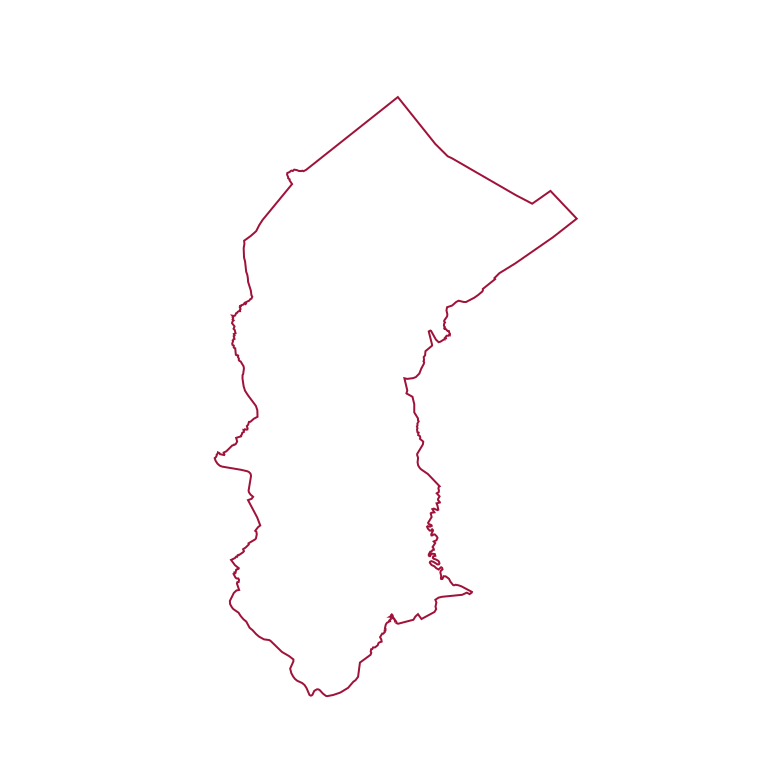 Khao Chaison, Phatthalung, Thailand, rotated 325°
{"feature_id": "78962969B96011402806004", "entity_name": "Khao Chaison", "entity_type": "district", "adm_level": 2, "iso_a3": "THA", "parent_name": "Thailand", "parent_adm1": "Phatthalung", "projection": "natural_earth1", "projection_center": [100.092, 7.466], "detail": "fine", "context": "isolated", "style": "outline", "palette": "rose", "viewbox_px": 768, "rotation_deg": 325, "n_neighbors": 0, "source": "geoboundaries", "source_scale": "gbopen_adm2", "svg_char_len": 6166}
<svg xmlns="http://www.w3.org/2000/svg" viewBox="0 0 768 768"><g transform="rotate(325 384 384)"><path d="M636.7,359.1L631.1,321.3L608.8,321.3L600.4,305.1L569.0,237.8L566.8,234.0L563.7,216.7L559.9,156.9L443.0,163.9L440.1,163.5L439.4,162.4L438.3,162.1L436.4,160.6L435.3,158.8L433.4,156.9L431.4,157.2L430.7,156.2L429.9,156.0L428.2,156.2L425.8,155.7L424.7,156.9L424.1,159.7L423.5,160.5L424.1,162.2L423.4,163.1L423.4,167.5L378.5,180.0L372.9,182.3L366.9,185.5L359.6,186.3L351.6,186.4L350.0,189.2L347.0,192.2L341.9,200.1L340.5,203.9L335.5,213.0L334.7,216.0L333.3,219.0L331.3,222.3L328.5,231.1L326.3,235.3L326.2,236.9L324.3,238.1L323.1,237.8L321.5,238.4L317.2,237.7L317.2,238.9L316.4,239.2L315.8,237.8L314.4,238.3L312.3,237.6L311.5,238.2L310.9,237.7L310.7,238.2L309.9,238.3L309.5,240.3L308.5,240.6L307.9,241.8L306.9,241.1L305.6,241.0L304.2,241.5L303.5,241.2L301.3,242.5L300.3,242.3L299.0,241.1L299.1,242.2L298.3,242.5L298.3,243.5L297.0,244.3L297.3,245.6L295.9,245.8L294.4,247.0L294.6,251.1L292.4,252.5L292.7,254.1L291.5,257.3L289.7,256.9L289.4,258.6L288.3,258.6L287.4,261.3L286.4,261.0L285.8,261.5L285.1,261.5L284.8,262.4L282.8,263.9L282.3,265.1L283.0,266.4L281.9,267.7L282.0,268.6L282.6,269.4L279.4,275.1L279.6,275.8L280.7,276.5L280.8,277.2L279.8,278.3L279.7,280.0L278.8,281.0L278.8,282.1L279.5,283.4L279.1,289.0L278.2,290.9L274.3,295.1L273.2,295.6L271.2,298.4L267.7,305.4L266.3,309.8L266.1,315.2L266.5,328.5L265.2,332.8L261.6,338.3L257.5,337.8L252.9,338.3L251.6,337.6L249.4,339.4L247.5,339.8L246.8,342.1L246.0,342.9L245.1,342.5L244.1,341.3L243.3,341.6L242.6,341.0L241.8,342.9L239.8,342.7L238.5,343.9L237.2,344.2L236.9,344.9L232.0,343.3L230.7,346.9L228.3,348.1L226.7,348.1L226.4,347.6L225.4,347.7L224.4,347.3L216.3,348.7L213.3,348.2L212.8,350.3L212.3,350.5L209.4,347.4L209.6,346.3L208.7,344.8L208.1,345.5L206.4,345.9L205.9,346.7L204.3,347.5L202.8,347.6L202.0,350.3L201.9,353.8L202.6,356.7L204.0,358.8L217.7,372.3L222.1,377.2L223.0,379.0L223.2,380.9L222.4,383.0L211.9,393.7L211.3,395.1L211.2,397.8L212.1,401.3L209.7,402.1L206.0,401.1L203.6,420.5L201.5,428.9L198.8,429.0L194.3,430.4L194.7,431.9L193.6,434.1L190.7,436.9L189.6,437.4L181.6,436.8L181.2,437.9L176.9,438.6L173.8,438.5L173.4,440.6L171.9,441.0L166.9,440.9L166.6,440.4L165.7,440.4L164.6,441.3L163.8,440.6L162.1,441.1L157.8,440.4L158.0,446.9L159.4,451.6L158.7,452.0L157.6,451.4L157.0,451.7L156.3,451.4L154.2,453.4L153.6,452.7L153.2,453.4L152.7,453.1L152.3,453.7L151.8,453.5L151.3,457.6L151.9,459.0L153.1,459.7L152.9,461.3L151.3,462.9L150.2,462.2L149.1,463.0L147.2,469.6L144.7,468.5L141.2,469.0L133.3,473.3L131.7,476.0L131.3,479.6L131.5,482.1L133.7,487.9L133.5,491.7L133.9,496.0L134.9,499.6L134.1,506.6L135.1,510.1L135.8,515.5L136.8,519.4L139.2,524.3L143.1,527.9L143.8,529.6L146.7,544.9L150.2,552.5L151.8,557.7L150.6,559.3L143.9,563.3L142.2,567.8L141.8,571.5L141.9,574.5L142.7,577.3L145.5,582.1L146.3,585.2L146.1,588.8L144.6,596.0L145.2,597.2L146.1,597.6L147.2,597.5L150.8,595.4L153.8,595.6L154.9,596.3L155.7,597.5L156.4,602.6L157.5,606.1L158.4,607.1L164.0,609.6L171.2,611.7L180.3,612.3L188.1,610.3L190.7,610.3L194.8,609.0L204.5,598.4L217.7,598.1L219.4,596.9L219.6,595.6L221.3,593.9L222.3,594.4L224.0,593.5L225.5,594.6L229.0,594.4L230.8,593.1L231.9,593.0L234.3,593.7L235.3,591.6L235.6,589.1L239.4,587.4L240.1,588.1L242.3,587.7L242.6,587.0L243.5,586.9L243.4,586.1L244.4,586.0L244.8,585.5L244.6,584.7L247.6,582.0L249.5,581.3L251.5,581.6L252.0,581.1L252.9,581.7L253.2,580.7L254.7,580.6L255.7,579.1L256.4,579.4L256.4,578.6L255.5,578.0L257.1,578.1L257.4,577.3L258.2,577.2L258.3,578.1L257.5,578.0L257.9,579.6L257.1,580.8L257.5,581.1L257.2,581.7L257.8,582.2L257.0,584.5L257.7,584.4L257.7,586.0L257.0,587.0L258.1,588.5L272.9,594.0L276.3,592.5L279.8,592.0L279.9,598.0L294.6,599.7L297.6,598.3L298.5,595.9L301.6,593.0L302.3,590.2L306.2,590.3L309.5,591.6L327.1,601.5L332.1,602.4L333.6,605.2L336.2,605.2L336.8,604.8L331.4,594.2L329.7,591.8L327.5,589.5L325.9,589.1L325.3,588.2L325.0,584.1L325.5,580.8L324.2,577.0L322.6,575.7L320.0,577.2L319.0,576.6L319.0,576.0L320.8,574.0L322.0,570.8L323.3,569.6L325.6,569.4L326.1,568.2L325.9,567.1L325.4,566.8L322.3,567.3L321.1,564.7L320.7,562.2L319.1,559.5L319.0,556.7L319.9,556.0L321.2,556.3L322.5,558.1L324.4,562.6L325.4,563.2L326.4,562.9L327.0,561.6L327.1,560.1L326.0,557.7L324.5,555.7L324.3,554.5L325.4,553.4L327.5,554.2L328.1,552.5L325.6,550.2L323.0,551.4L322.4,551.0L322.3,550.2L323.0,549.2L325.7,547.9L327.1,548.4L328.3,547.9L329.8,548.4L330.2,547.5L330.3,545.4L334.7,543.7L334.4,541.5L337.3,542.1L339.6,540.7L339.8,539.1L339.3,536.3L338.5,535.8L336.3,535.6L336.0,535.2L336.4,534.3L340.1,532.2L340.3,531.5L340.1,530.6L338.3,531.0L337.4,530.3L337.0,527.7L337.4,525.6L338.2,525.5L339.9,527.3L341.7,527.6L341.9,526.8L340.3,524.2L340.5,523.0L346.7,520.3L348.1,516.7L349.0,516.7L351.6,518.0L351.8,514.2L353.3,514.6L355.5,518.0L356.4,518.1L358.0,514.4L358.6,511.9L361.8,513.1L362.0,512.1L361.6,510.5L362.1,509.3L365.1,507.9L364.5,503.8L366.9,503.9L368.0,502.6L368.7,500.7L370.0,499.6L370.9,499.7L368.3,482.8L365.5,475.4L365.1,473.3L365.3,470.2L366.6,467.4L369.6,464.0L370.4,461.2L371.1,460.3L381.2,455.8L383.1,453.7L382.0,449.5L382.9,448.8L383.5,447.4L382.7,445.4L383.6,444.7L383.7,443.7L384.4,443.5L383.8,442.5L385.1,440.0L386.1,439.4L386.6,437.6L387.6,437.3L388.7,435.5L391.0,434.5L391.0,433.2L392.1,431.7L392.5,424.6L397.2,417.9L400.0,410.8L397.0,404.6L399.4,402.6L404.0,391.0L405.9,393.1L411.2,395.9L414.0,396.6L419.0,395.7L423.3,392.8L428.2,390.3L429.4,389.2L429.4,388.0L430.5,387.4L432.0,384.7L434.1,384.1L436.8,380.9L445.1,380.2L445.8,379.7L450.8,366.6L452.6,366.8L453.0,367.5L452.0,377.3L452.7,381.1L454.5,381.7L458.9,381.9L459.3,382.3L460.1,381.3L461.0,382.0L461.4,380.9L463.0,380.4L464.5,381.4L465.2,381.1L465.8,381.9L466.8,380.9L466.9,379.2L467.5,377.9L466.5,377.1L466.1,374.3L465.2,373.7L465.3,372.8L466.5,372.4L466.4,371.1L466.8,370.2L468.0,369.0L469.3,368.6L469.2,367.2L469.7,366.6L474.5,364.8L475.9,363.2L477.4,359.5L479.7,357.3L484.8,358.8L490.3,358.2L492.9,358.6L496.5,362.7L498.3,363.9L507.5,365.1L512.1,365.1L517.7,364.6L518.8,363.9L519.5,362.8L535.2,361.8L535.2,360.6L542.1,359.4L560.7,360.5L606.8,360.7L636.7,359.1Z" fill="none" stroke="#9f1239" stroke-width="2"/></g></svg>